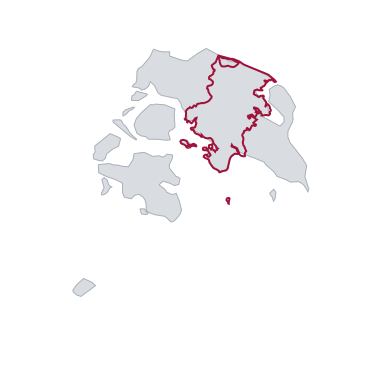 Denmark, with Midtjylland highlighted, rotated 112°
{"feature_id": "DNK-3416", "entity_name": "Midtjylland", "entity_type": "Region", "adm_level": 1, "iso_a3": "DNK", "parent_name": "Denmark", "parent_adm1": "", "projection": "albers", "projection_center": [9.543, 56.244], "detail": "fine", "context": "in_parent", "style": "outline", "palette": "rose", "viewbox_px": 384, "rotation_deg": 112, "n_neighbors": 0, "source": "natural_earth", "source_scale": "10m", "svg_char_len": 9507}
<svg xmlns="http://www.w3.org/2000/svg" viewBox="0 0 384 384"><g transform="rotate(112 192 192)"><path d="M116.8,286.8L116.2,286.8L113.6,286.2L111.8,284.8L107.1,285.8L100.8,288.2L97.4,288.0L94.6,285.5L83.3,281.8L81.5,281.5L74.1,281.2L73.8,275.5L72.9,271.4L70.4,265.2L74.3,263.7L73.7,251.7L72.4,245.5L61.8,238.9L53.6,232.6L55.9,211.7L56.9,206.1L53.9,195.1L54.5,182.5L56.2,162.7L58.8,162.0L60.7,162.1L68.0,165.8L71.0,166.2L73.1,169.4L75.5,170.8L77.3,167.4L78.1,161.7L84.0,154.3L88.0,151.5L90.8,150.2L93.6,153.3L95.7,156.7L96.2,149.3L98.0,135.2L92.6,132.9L88.1,134.8L83.6,143.7L79.5,154.9L73.1,155.8L67.9,158.9L63.3,155.6L60.4,152.6L60.4,148.4L61.1,145.8L66.7,136.7L74.1,128.0L81.3,128.2L86.7,125.5L89.8,125.1L99.7,125.8L104.8,123.9L109.3,119.9L119.0,102.8L124.5,95.6L135.5,93.1L145.6,84.7L148.4,84.6L143.7,90.8L143.0,93.1L142.4,96.8L146.0,104.6L145.3,109.4L145.7,118.9L142.5,123.8L138.9,134.3L137.3,135.9L137.1,148.1L137.5,151.0L137.1,162.2L141.0,166.7L145.1,169.0L158.7,168.7L160.2,170.7L161.9,174.1L160.8,180.0L159.5,184.4L155.6,188.2L150.5,191.0L147.3,191.2L142.9,186.0L140.9,187.7L138.8,190.4L135.4,204.9L133.8,214.6L132.9,215.4L130.9,214.0L127.4,213.9L122.9,216.2L125.2,218.3L127.6,221.9L126.7,223.7L122.8,225.6L119.4,229.6L117.9,232.5L113.5,236.1L110.8,240.5L112.1,246.1L112.7,250.9L113.9,256.3L112.9,260.5L107.4,266.7L105.3,272.0L110.1,271.9L113.0,273.2L114.7,274.7L116.4,277.0L115.4,279.7L116.8,286.8ZM226.9,217.7L227.3,224.6L226.4,226.7L224.9,228.1L221.1,229.7L217.8,231.8L214.9,235.4L214.0,240.4L216.5,243.9L220.9,245.7L222.3,252.5L218.8,256.1L209.8,259.8L209.1,268.1L209.6,274.5L209.6,279.2L209.1,285.7L201.7,289.0L196.5,279.2L196.4,275.3L194.8,270.7L194.4,266.8L192.5,260.5L185.4,259.0L182.7,258.9L178.9,260.1L177.9,259.7L173.1,251.2L173.7,241.7L171.1,236.9L170.7,234.8L170.7,232.4L168.7,230.4L166.3,229.4L165.0,224.1L167.7,222.8L174.6,223.2L176.6,222.8L178.4,221.7L183.6,212.7L183.4,210.8L183.9,208.2L189.8,207.1L192.6,210.5L192.2,215.9L192.8,222.9L196.5,224.7L197.9,224.9L199.2,219.7L200.2,217.2L201.6,215.7L201.9,211.0L201.0,208.1L199.1,206.1L205.6,200.0L212.4,195.1L216.4,194.7L220.5,195.7L224.3,197.1L226.4,198.3L227.7,200.4L225.4,205.7L224.8,208.5L226.9,217.7ZM152.1,232.1L153.8,235.7L155.9,243.4L159.3,252.0L158.0,255.6L159.0,260.2L158.2,265.1L151.8,270.8L144.7,271.1L137.1,268.5L126.6,263.4L125.7,260.5L124.2,258.8L121.4,249.9L121.4,239.0L126.6,237.6L138.0,232.2L140.7,233.0L143.5,235.7L146.6,235.8L151.2,231.9L152.1,232.1ZM181.5,281.3L188.6,285.4L193.4,285.0L196.7,286.7L197.6,289.4L198.1,295.6L194.7,297.4L190.9,297.0L185.8,299.4L168.6,289.8L168.7,281.5L169.3,278.2L177.2,277.2L181.5,281.3ZM329.2,264.4L327.9,265.7L321.2,264.2L312.8,260.1L313.3,250.6L315.0,246.4L330.3,255.7L330.8,259.7L329.2,264.4ZM156.6,291.6L154.8,292.1L152.3,286.5L152.0,284.7L154.8,281.1L156.5,277.0L161.1,270.6L163.7,263.3L164.7,263.3L163.6,269.9L157.8,288.2L156.6,291.6ZM129.6,282.6L125.4,283.6L123.3,281.9L119.4,281.3L118.0,270.6L118.4,269.9L120.3,270.7L127.0,275.6L129.4,281.1L129.6,282.6ZM228.6,274.5L227.1,275.6L221.0,275.1L214.3,280.2L211.6,278.8L212.5,275.7L213.2,274.5L215.4,273.1L216.9,271.2L217.4,268.2L218.9,269.7L223.2,270.2L225.3,271.1L227.1,272.4L228.6,274.5ZM150.4,220.1L149.8,221.4L147.3,220.1L147.0,215.6L147.8,211.6L146.7,208.0L147.9,205.7L151.4,211.0L152.4,213.5L151.1,216.6L150.4,220.1ZM165.5,117.9L164.0,119.5L158.8,117.3L161.0,114.1L166.7,112.5L170.0,112.9L166.4,116.1L165.5,117.9ZM146.5,285.1L143.8,285.8L140.7,284.4L135.7,278.7L135.1,277.2L137.7,278.2L141.0,281.1L143.6,281.7L147.3,284.2L146.5,285.1ZM231.3,230.6L227.7,233.7L226.9,233.6L225.5,229.6L227.4,227.1L228.4,224.9L229.2,224.9L230.4,227.1L231.3,230.6Z" fill="#d9dde1" stroke="#a8b0b8" stroke-width="1"/><path d="M55.6,218.6L54.2,207.2L54.1,206.5L54.0,206.3L54.0,205.7L54.3,205.6L54.8,206.4L55.7,211.8L56.4,213.6L56.4,214.4L56.3,215.0L55.9,216.0L55.8,216.8L56.0,217.7L56.3,217.9L58.1,217.0L59.9,215.5L60.8,215.2L62.4,214.0L63.9,212.4L64.2,211.3L63.9,210.1L63.4,208.9L62.8,207.8L61.4,205.9L61.4,203.8L61.0,201.3L60.1,199.7L58.8,198.7L55.8,197.2L55.0,197.1L54.6,197.7L54.6,200.7L54.5,202.1L54.2,203.6L54.4,204.8L54.2,205.2L53.7,205.0L53.5,204.7L53.2,203.1L53.2,198.1L53.3,196.5L54.4,192.2L54.5,190.6L54.6,166.5L54.7,165.4L55.0,164.2L56.9,158.2L57.7,156.4L58.3,155.5L58.5,155.7L58.6,156.3L59.0,156.6L59.0,157.1L57.7,160.0L57.7,160.5L58.2,160.8L58.9,160.9L59.4,162.6L59.7,162.9L61.2,163.2L61.6,163.5L61.1,163.8L61.2,164.4L61.1,165.6L61.3,166.2L61.6,166.5L61.9,166.3L62.1,165.9L61.8,165.3L61.8,164.8L63.1,164.4L64.9,164.4L66.6,164.8L67.3,165.6L67.7,165.7L69.6,167.3L70.1,167.1L70.6,166.5L71.3,164.9L71.5,165.0L72.7,168.2L72.7,168.8L72.5,169.1L72.6,169.7L72.8,170.4L73.4,170.9L74.2,171.9L74.6,172.1L75.3,172.1L77.9,171.5L78.1,171.2L78.2,170.7L78.4,168.3L78.6,166.9L79.0,166.1L78.9,165.5L77.7,164.6L77.0,164.3L76.9,164.0L76.8,163.4L76.6,162.8L76.0,162.4L76.0,161.7L76.5,161.2L78.3,161.1L80.8,157.0L81.4,156.6L82.9,156.2L85.0,156.1L85.1,155.9L84.2,155.6L82.5,155.5L82.2,155.1L82.5,153.9L83.1,152.8L83.5,152.2L84.8,151.3L86.6,149.6L87.3,149.4L88.8,149.9L89.3,149.8L89.7,149.2L90.0,149.0L90.7,148.9L91.5,149.2L92.3,149.8L92.6,150.7L92.8,152.3L93.3,153.2L94.0,153.9L94.4,154.7L94.9,156.2L93.8,156.4L92.7,158.2L91.8,158.5L91.7,159.0L91.9,159.6L91.5,160.2L90.4,161.3L90.1,162.3L90.0,163.2L90.2,165.4L90.4,166.1L91.1,166.0L91.7,165.2L92.2,162.9L92.8,162.8L93.5,162.9L94.1,162.8L93.9,162.1L93.5,161.9L93.2,162.0L92.8,162.3L93.7,160.4L93.8,159.4L94.1,159.5L93.9,161.0L94.9,161.3L96.2,161.0L97.1,161.1L97.6,161.5L98.7,161.4L99.1,162.3L98.9,163.0L98.1,164.3L97.7,165.2L98.1,165.4L98.2,166.1L98.5,166.6L98.9,167.0L99.8,167.6L100.2,168.5L100.6,168.6L101.4,167.1L101.9,167.6L102.4,167.0L102.4,166.1L101.5,165.7L100.3,166.4L100.3,166.6L100.1,166.7L99.7,166.6L99.4,166.4L99.3,166.0L99.5,165.7L99.6,163.1L100.3,160.9L100.6,158.9L104.8,161.1L105.7,159.5L105.4,158.5L105.7,157.8L106.8,157.9L107.3,158.6L107.1,160.2L108.2,161.4L112.5,161.5L113.3,162.2L112.3,163.3L112.0,164.9L112.7,165.1L114.0,164.4L115.9,166.6L117.5,166.1L118.6,166.7L119.2,166.8L120.8,166.6L122.1,165.1L123.6,164.2L124.5,163.9L126.8,163.6L129.4,161.9L130.6,160.1L132.4,158.6L133.7,157.1L135.5,157.5L137.1,157.4L138.1,156.7L139.0,156.4L139.7,157.9L140.0,160.2L139.3,162.2L136.8,164.2L134.9,166.4L134.6,166.5L134.2,169.4L134.5,170.2L134.3,171.2L133.9,172.1L133.4,172.7L134.6,172.6L135.0,172.2L135.0,169.6L135.1,167.7L135.4,166.8L137.0,165.5L138.3,163.8L139.0,163.4L139.7,163.9L139.9,164.3L140.2,166.2L140.3,166.4L141.5,167.4L144.4,169.0L147.5,169.3L156.6,167.7L157.8,167.9L159.1,168.5L159.7,169.2L161.0,171.3L163.4,173.7L163.4,174.1L162.5,175.0L162.1,176.6L161.9,178.5L161.9,180.1L161.5,181.7L158.1,186.8L156.3,188.1L155.6,189.1L155.5,190.0L155.6,192.1L155.1,194.3L153.9,194.5L152.5,193.6L151.6,192.0L152.6,191.8L153.0,191.4L153.2,190.5L153.0,189.6L152.6,189.3L152.1,189.2L151.7,188.9L150.7,188.6L149.8,189.7L149.0,191.3L147.7,192.7L148.0,194.3L148.6,196.1L148.8,197.3L148.4,197.8L147.8,198.1L147.1,198.2L146.6,198.0L146.2,197.4L145.8,196.1L145.5,195.4L146.5,194.6L146.8,194.4L146.6,193.7L146.2,193.3L144.6,192.9L144.3,192.9L143.4,193.5L142.3,193.7L141.7,193.2L141.1,192.2L140.2,191.2L141.1,191.1L142.3,190.0L143.1,189.7L143.6,190.1L144.3,190.8L145.0,191.1L145.5,190.1L144.8,189.0L144.8,188.2L145.9,185.8L145.4,185.9L144.9,185.6L144.3,185.2L143.9,184.7L143.5,184.4L142.5,184.9L142.0,184.5L141.9,185.4L141.7,186.0L141.3,186.3L140.8,186.4L140.5,186.8L139.5,189.1L138.6,190.3L136.5,192.0L135.6,193.4L135.1,195.0L135.3,196.0L136.0,196.9L136.6,198.4L136.9,200.1L136.7,201.5L136.3,202.7L135.6,204.1L136.5,203.6L137.2,203.5L137.4,204.0L136.4,206.2L136.3,207.1L136.4,210.0L136.2,211.2L135.3,212.4L135.1,212.9L134.5,213.2L134.1,213.6L133.8,214.0L134.0,214.2L134.3,214.9L134.5,215.6L133.8,216.8L133.4,217.0L132.9,216.8L132.6,216.5L132.0,215.5L131.5,214.1L131.1,213.6L130.6,213.4L126.9,213.7L126.4,213.8L125.5,215.1L124.5,215.5L122.5,215.4L121.5,215.6L122.5,216.7L128.1,217.9L128.5,218.2L128.4,218.9L127.7,220.4L127.4,221.6L127.5,222.1L128.0,222.2L129.1,222.2L129.1,222.7L127.5,223.6L127.0,224.4L127.5,225.5L127.0,226.1L126.0,225.5L121.7,226.8L119.8,227.8L118.6,227.9L116.2,227.0L114.9,225.8L114.5,225.6L114.1,225.6L114.2,224.8L114.3,224.2L114.1,223.6L113.6,223.2L112.7,222.9L111.5,222.8L111.0,222.5L111.0,222.0L111.3,220.7L111.1,220.3L110.4,220.2L109.0,220.3L108.4,220.1L107.9,219.4L106.9,217.7L106.0,216.7L105.8,216.1L105.6,215.2L105.3,214.7L103.3,212.2L102.3,211.3L101.1,210.5L97.5,209.3L96.0,209.6L94.9,211.8L93.1,214.1L92.5,214.6L91.8,214.8L91.4,215.1L90.8,215.8L90.5,216.7L90.0,216.6L89.6,217.0L88.2,217.2L87.7,216.8L86.2,214.7L85.0,213.6L83.1,213.4L81.7,214.1L81.0,216.1L80.6,216.8L80.8,217.9L80.8,218.4L80.2,218.8L78.9,219.2L78.3,219.0L75.5,217.0L74.3,216.6L72.6,217.1L71.7,216.8L71.3,216.5L71.0,216.5L70.6,216.6L70.1,217.0L70.4,217.9L70.3,218.2L67.8,220.9L67.1,221.1L66.6,220.9L65.2,220.0L64.3,219.6L63.1,218.7L55.6,218.6ZM148.5,214.4L149.0,213.5L149.3,212.4L149.2,211.2L148.7,210.1L148.0,209.6L147.2,209.2L146.7,208.5L146.8,206.8L147.1,205.9L147.7,205.2L148.2,205.4L148.6,208.3L149.2,209.5L150.1,210.2L151.1,210.5L150.7,211.2L150.6,212.0L150.6,212.7L150.9,213.4L151.5,214.3L152.0,214.0L152.6,212.9L152.7,213.3L152.2,214.4L151.2,215.7L151.0,217.0L151.1,219.3L150.7,220.5L149.5,221.7L148.1,221.4L147.0,219.8L146.6,217.2L146.8,215.8L147.2,215.2L147.8,214.9L148.5,214.4ZM183.9,156.1L183.8,155.0L184.2,154.7L187.4,154.2L189.1,153.5L189.1,154.0L188.8,154.2L188.6,154.5L187.9,154.8L186.6,157.0L185.9,157.2L185.1,157.2L184.4,156.8L183.9,156.1Z" fill="none" stroke="#9f1239" stroke-width="2"/></g></svg>